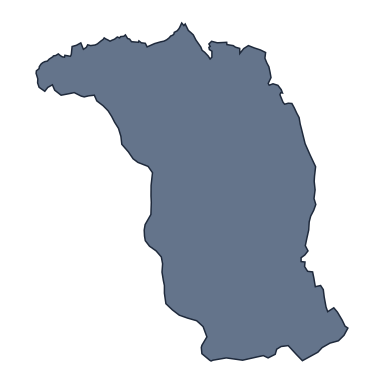 Kato Drys, Larnaca, Cyprus (Equal Earth projection)
{"feature_id": "46923920B44987911839727", "entity_name": "Kato Drys", "entity_type": "district", "adm_level": 2, "iso_a3": "CYP", "parent_name": "Cyprus", "parent_adm1": "Larnaca", "projection": "equal_earth", "projection_center": [33.295, 34.838], "detail": "fine", "context": "isolated", "style": "filled", "palette": "slate", "viewbox_px": 384, "rotation_deg": 0, "n_neighbors": 0, "source": "geoboundaries", "source_scale": "gbopen_adm2", "svg_char_len": 2653}
<svg xmlns="http://www.w3.org/2000/svg" viewBox="0 0 384 384"><path d="M36.4,70.8L36.1,73.3L37.8,78.9L37.6,82.9L39.1,87.3L44.8,91.3L47.8,87.4L52.4,84.8L54.7,90.2L61.1,95.2L69.0,93.7L74.2,92.6L81.2,96.1L84.2,96.9L88.9,95.8L94.3,95.2L96.8,100.9L103.1,105.7L108.1,110.8L111.7,116.5L114.6,122.2L118.5,128.4L120.9,136.4L121.8,144.3L128.4,151.9L133.1,158.8L137.9,162.4L148.1,166.4L152.5,172.7L151.1,185.4L151.0,195.9L151.3,202.4L150.9,214.5L145.1,224.6L144.2,230.1L144.5,236.0L145.3,240.7L149.5,246.2L156.1,250.9L161.3,256.9L162.6,263.8L162.0,272.1L163.4,280.7L164.4,285.5L164.4,293.2L165.9,303.7L172.4,309.9L179.3,315.2L187.6,318.1L196.6,320.7L198.9,322.7L203.1,326.6L206.9,336.9L201.9,345.3L201.3,347.5L201.9,353.7L209.8,360.3L211.1,361.0L212.9,360.2L226.3,357.9L242.6,360.2L256.8,357.0L263.3,355.6L268.1,357.9L275.2,354.3L276.7,349.2L281.1,346.5L288.2,345.6L296.6,354.7L302.4,360.7L317.9,352.2L322.1,347.6L330.0,343.1L338.4,340.8L344.0,335.3L347.9,328.1L345.0,326.1L342.2,320.2L337.4,312.1L333.8,307.8L327.7,311.7L326.0,306.9L324.2,297.0L323.3,289.6L320.6,285.5L315.3,286.7L313.9,278.3L312.6,271.9L307.6,271.3L304.6,266.6L305.0,262.0L301.1,261.6L301.1,257.7L304.8,255.0L308.0,250.9L305.3,245.7L306.9,238.1L308.7,230.1L309.2,221.9L310.7,216.1L313.7,210.3L315.8,204.5L314.0,198.6L315.1,189.9L314.2,181.4L314.5,176.3L315.6,166.7L310.0,154.8L305.1,143.7L301.5,129.1L300.2,124.1L299.1,117.6L296.8,113.3L294.3,107.9L291.9,103.5L288.3,103.2L284.6,104.2L283.0,102.2L279.9,94.7L280.8,92.7L282.5,93.0L281.2,89.6L277.9,85.3L273.0,83.8L269.2,85.2L268.2,83.4L271.0,77.6L270.1,72.5L268.9,66.8L266.9,63.1L264.9,58.2L265.6,52.5L260.3,49.9L254.2,47.9L248.4,45.6L243.7,48.6L239.8,53.5L239.7,48.4L235.5,47.2L233.2,45.6L226.9,44.6L226.7,42.3L222.8,42.5L217.3,42.8L211.6,41.3L208.9,44.0L210.2,46.4L208.9,47.3L209.4,49.6L211.9,51.2L211.9,57.1L210.1,59.0L208.2,56.0L204.7,52.3L202.1,50.3L200.8,47.0L195.9,40.0L193.3,34.9L191.3,33.0L188.3,30.4L185.2,24.0L183.9,25.6L181.7,23.0L180.2,26.3L179.1,28.5L177.2,30.8L174.2,32.4L174.0,33.9L172.7,35.2L170.7,36.0L169.1,37.9L166.8,39.7L164.1,41.1L160.4,41.9L154.5,43.6L147.1,46.9L145.3,43.3L141.3,42.8L138.9,40.9L138.4,42.3L131.5,41.7L129.6,39.1L127.6,38.5L125.4,34.9L123.8,36.3L120.6,36.6L119.6,37.9L117.3,37.0L114.5,39.2L112.0,40.2L110.0,41.2L108.2,40.1L105.9,39.0L104.2,37.9L103.2,39.4L100.8,41.1L97.4,43.9L95.1,45.0L90.6,45.6L87.7,44.8L86.3,47.4L83.4,49.3L80.8,42.9L76.4,45.3L72.1,46.5L71.3,54.4L70.4,56.3L64.9,55.3L64.5,57.2L62.2,56.8L60.2,55.5L58.3,53.9L55.8,55.5L53.4,55.9L52.8,56.8L51.5,57.6L49.1,59.2L47.4,61.1L44.9,61.6L42.7,62.7L41.1,64.0L39.3,66.7L39.1,68.6L36.4,70.8Z" fill="#64748b" stroke="#1e293b" stroke-width="1.5"/></svg>